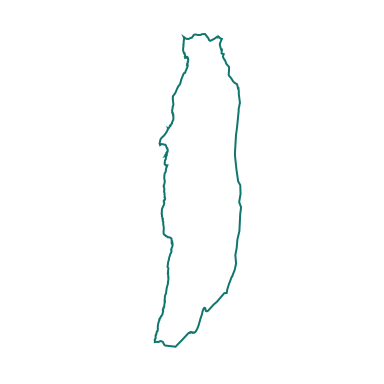 the district of Leksvik nor, Nord-Trøndelag, Norway, rotated 116°
{"feature_id": "86288312B18115078768764", "entity_name": "Leksvik nor", "entity_type": "district", "adm_level": 2, "iso_a3": "NOR", "parent_name": "Norway", "parent_adm1": "Nord-Trøndelag", "projection": "robinson", "projection_center": [10.469, 63.661], "detail": "fine", "context": "isolated", "style": "outline", "palette": "teal", "viewbox_px": 384, "rotation_deg": 116, "n_neighbors": 0, "source": "geoboundaries", "source_scale": "gbopen_adm2", "svg_char_len": 5931}
<svg xmlns="http://www.w3.org/2000/svg" viewBox="0 0 384 384"><g transform="rotate(116 192 192)"><path d="M263.9,117.6L259.5,118.3L252.2,119.0L250.7,119.1L250.2,118.8L249.7,119.0L248.7,119.0L247.3,119.2L243.6,119.4L237.0,121.0L229.7,125.4L222.7,127.3L215.0,130.3L206.3,132.3L190.4,139.1L184.2,141.2L180.4,145.2L172.5,147.5L164.7,151.6L162.2,155.2L152.9,161.5L143.1,167.7L138.8,170.2L121.8,177.3L114.6,179.7L98.4,185.7L97.2,186.4L93.8,187.2L92.1,187.8L91.0,187.9L83.4,192.9L81.1,194.0L78.3,195.8L78.6,196.2L77.1,197.3L75.4,198.8L75.2,201.6L74.5,203.6L72.6,206.6L71.1,209.9L70.2,210.6L67.8,211.5L64.1,213.1L63.6,213.5L63.1,214.0L62.2,216.5L61.8,217.2L59.1,220.1L59.0,220.7L57.0,223.5L54.1,224.0L54.5,225.6L54.5,226.1L52.9,226.9L50.9,227.5L51.3,228.2L49.0,230.3L47.0,231.8L46.1,232.0L41.3,232.3L41.5,233.5L41.5,234.0L41.3,234.6L41.1,234.9L41.2,235.1L41.1,235.5L40.8,236.3L41.2,236.4L41.1,236.6L41.3,236.7L40.9,237.0L41.2,237.3L41.4,237.4L44.5,239.1L48.1,241.8L48.0,243.2L46.7,244.6L44.3,249.5L45.2,251.2L45.9,252.3L47.2,253.3L48.3,255.6L48.8,257.6L49.7,259.1L49.9,259.2L53.5,259.8L54.1,260.8L55.9,262.1L56.8,264.1L56.3,267.4L56.7,266.9L57.8,266.2L59.6,265.7L63.1,264.3L63.3,264.4L64.3,263.9L64.5,263.6L66.7,263.0L69.0,261.8L69.2,261.5L69.6,261.1L70.6,260.3L70.9,259.9L70.7,259.6L71.3,258.8L71.9,258.4L72.3,258.3L72.2,258.3L72.9,257.8L73.5,257.8L73.6,257.2L73.9,257.1L73.5,256.8L73.7,256.7L73.3,256.4L73.3,256.1L73.5,256.0L72.8,255.5L73.0,255.2L73.6,255.0L73.5,254.6L73.3,254.5L73.6,254.1L74.2,254.0L74.7,253.4L75.8,252.9L76.5,253.1L76.8,252.8L77.4,252.5L78.7,252.6L79.2,252.6L79.4,252.4L79.4,252.2L79.1,252.5L78.3,252.5L78.4,252.4L78.9,252.3L78.7,252.2L80.4,251.3L82.0,250.9L82.7,250.8L83.1,251.0L83.4,250.8L86.4,250.7L87.7,250.4L88.1,250.6L88.6,251.2L90.3,251.4L90.6,251.3L96.0,250.9L99.0,250.2L99.8,250.1L101.2,250.2L102.7,250.6L104.5,250.7L110.5,250.4L114.5,251.2L115.5,250.5L116.8,250.2L117.2,249.7L119.8,248.2L121.2,247.2L122.9,246.7L123.6,246.8L125.4,246.1L126.8,245.8L127.9,245.4L128.3,245.0L129.4,244.6L129.7,244.2L129.6,243.7L130.3,243.5L130.5,243.1L130.4,243.0L130.7,242.7L131.7,242.5L131.8,242.1L132.3,241.8L135.2,240.5L136.7,240.5L138.3,240.4L139.0,240.1L141.9,240.6L142.1,240.5L142.2,240.9L142.9,240.7L144.8,241.0L145.1,241.1L145.1,241.4L145.4,241.0L145.7,241.1L146.1,241.4L146.8,241.1L149.9,241.2L153.3,241.8L156.4,243.0L158.2,243.4L160.8,242.9L162.2,242.4L162.5,242.5L163.9,241.2L163.6,241.0L162.8,241.0L162.2,240.3L162.1,239.6L161.7,238.7L161.6,237.6L161.4,237.2L161.2,236.6L162.0,235.5L163.2,234.3L162.7,234.1L163.2,234.1L163.5,233.4L164.1,232.9L164.3,233.0L164.1,232.9L165.0,232.1L165.5,232.2L166.5,231.8L166.8,232.0L167.1,232.1L167.3,232.0L166.8,232.0L166.5,231.7L167.4,231.5L168.2,231.7L168.4,232.1L168.8,231.9L170.4,232.2L170.5,232.1L170.3,231.9L171.1,232.0L170.3,231.4L169.3,231.1L169.8,230.8L172.1,230.8L172.3,230.5L173.6,230.2L173.9,230.0L175.5,230.1L178.4,229.1L178.5,228.9L179.0,228.7L179.2,228.3L179.4,227.2L179.5,227.0L179.0,226.5L178.9,226.1L179.4,226.3L179.5,226.2L179.1,226.1L179.3,226.1L179.9,225.7L181.4,225.7L182.9,225.4L185.3,224.5L187.0,224.7L188.7,224.3L191.1,223.3L193.0,222.2L194.0,221.3L194.9,220.9L197.1,220.3L199.0,220.2L199.5,219.6L200.3,219.2L200.8,218.6L201.4,218.1L203.7,217.4L204.0,217.0L204.4,216.9L205.1,216.2L206.7,215.4L207.7,214.7L208.8,214.3L209.0,213.8L209.8,213.4L209.9,213.2L211.0,213.0L211.5,213.3L211.6,213.5L212.1,213.6L212.4,213.3L213.1,213.1L213.1,212.8L213.7,212.3L214.8,211.9L215.5,211.7L219.1,211.6L220.4,211.5L221.9,211.0L223.3,210.2L224.5,210.0L224.9,209.5L225.7,209.1L226.4,208.6L226.9,208.5L227.9,207.4L228.8,207.0L228.8,206.7L229.2,206.7L229.5,206.1L230.8,205.7L231.2,205.0L232.2,204.3L233.2,204.0L233.8,203.6L235.5,202.3L236.9,201.5L238.9,200.6L240.2,200.2L241.8,199.2L242.1,199.0L242.5,198.4L242.5,197.7L242.8,197.0L242.7,196.6L242.9,196.2L243.1,196.0L243.0,195.7L242.9,195.2L243.1,194.8L243.0,193.9L243.2,193.7L242.8,192.8L242.6,192.0L242.6,190.8L242.7,190.4L243.2,189.8L244.7,189.0L245.5,188.4L244.1,188.5L245.3,188.2L246.1,188.3L247.0,187.7L247.2,187.4L246.9,187.6L246.3,187.5L246.3,187.3L246.5,187.0L247.4,186.7L247.6,186.9L247.2,187.3L247.3,187.3L247.7,186.9L247.6,186.6L248.3,186.1L249.5,185.8L252.4,185.6L253.5,185.3L252.5,185.2L253.9,184.9L254.2,184.5L254.6,184.3L255.5,184.2L257.2,184.3L261.5,183.6L262.6,183.2L265.5,182.7L268.9,181.5L269.6,181.4L270.2,181.0L270.5,180.3L271.1,179.7L272.1,179.3L272.9,179.2L273.1,179.0L273.8,178.7L274.4,178.6L274.6,178.3L275.1,178.0L275.9,178.0L276.0,177.6L277.2,177.1L277.6,176.6L278.9,176.1L279.0,175.8L279.4,175.8L279.9,175.3L281.5,174.7L282.4,174.4L283.2,174.3L284.2,173.7L284.8,173.5L289.5,172.6L292.8,171.5L293.1,171.5L294.3,170.9L296.0,170.9L297.7,170.6L299.9,169.6L301.9,169.0L302.3,168.7L302.1,168.6L302.3,168.5L302.2,168.4L302.7,168.1L304.9,167.7L307.1,166.7L308.1,166.7L307.8,166.9L307.9,167.0L308.3,166.9L308.2,166.7L308.5,166.6L309.2,166.6L309.3,166.8L309.9,166.7L310.8,166.5L310.8,166.4L310.7,166.2L311.1,165.9L315.1,164.9L316.3,165.0L317.6,165.4L318.8,165.2L319.5,165.5L319.9,165.4L320.6,165.7L320.8,165.3L321.2,165.1L322.7,165.1L326.2,164.4L329.2,163.2L330.2,162.6L331.5,162.1L332.2,162.1L332.3,162.3L332.7,162.4L333.9,162.1L334.1,162.2L334.8,161.9L336.0,161.7L336.2,161.9L336.7,161.7L337.3,161.7L338.1,161.2L339.7,160.5L340.9,160.8L341.3,160.7L342.3,160.0L343.2,159.6L342.1,158.1L341.6,156.4L341.2,156.2L340.9,155.9L339.9,155.2L339.5,153.7L339.6,152.3L341.5,150.0L341.7,148.6L338.3,139.0L329.6,136.1L320.6,133.4L319.3,132.5L319.5,132.3L319.6,132.1L319.5,131.9L318.8,131.8L318.2,131.5L318.1,131.1L318.2,130.8L318.1,130.5L318.4,130.0L318.3,129.5L317.6,129.3L317.5,128.5L317.4,128.2L316.3,127.6L313.1,127.3L309.0,127.6L301.4,129.0L297.7,129.4L294.6,130.2L291.6,130.4L290.9,130.2L290.6,129.9L290.6,129.6L290.7,129.2L291.2,128.7L292.8,127.5L292.9,127.1L292.8,126.6L292.5,126.1L291.4,125.4L283.7,123.2L279.8,121.5L268.7,118.6L267.6,116.6L263.9,117.6Z" fill="none" stroke="#0f766e" stroke-width="2"/></g></svg>